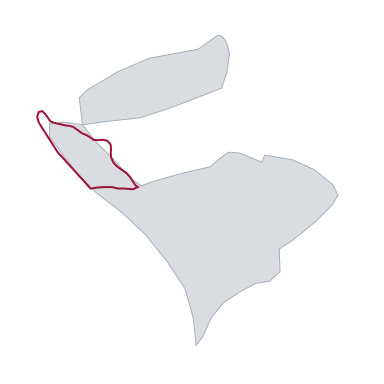 Brunei and Muara on a map of Brunei (Natural Earth projection), rotated 263°
{"feature_id": "BRN-1182", "entity_name": "Brunei and Muara", "entity_type": "District", "adm_level": 1, "iso_a3": "BRN", "parent_name": "Brunei", "parent_adm1": "", "projection": "natural_earth1", "projection_center": [114.909, 4.894], "detail": "fine", "context": "in_parent", "style": "outline", "palette": "rose", "viewbox_px": 384, "rotation_deg": 263, "n_neighbors": 0, "source": "natural_earth", "source_scale": "10m", "svg_char_len": 1286}
<svg xmlns="http://www.w3.org/2000/svg" viewBox="0 0 384 384"><g transform="rotate(263 192 192)"><path d="M272.0,91.6L252.2,103.7L232.9,119.0L213.5,132.1L204.4,142.4L207.6,156.8L212.3,188.5L214.9,213.4L221.7,223.3L227.0,233.2L224.8,244.1L213.3,264.7L219.8,268.7L211.5,296.0L199.2,316.2L182.0,332.7L171.0,336.5L162.1,329.5L147.8,311.4L132.0,286.3L124.7,271.6L102.1,269.7L94.0,258.1L93.5,244.0L87.1,227.3L78.2,209.5L64.9,195.8L47.1,185.1L39.5,177.4L67.1,177.9L96.4,173.4L126.6,158.5L155.6,140.5L180.1,120.0L203.0,96.8L227.1,78.5L264.5,57.2L277.1,58.9L276.9,74.0L272.0,91.6ZM299.4,91.5L306.2,100.8L320.6,133.3L330.0,165.9L333.0,215.6L344.5,236.7L342.7,241.0L335.8,244.6L325.1,246.1L306.8,241.3L291.4,234.0L278.0,180.2L272.0,149.8L272.5,113.5L272.0,91.6L299.4,91.5Z" fill="#d9dde1" stroke="#a8b0b8" stroke-width="1"/><path d="M261.2,94.5L255.6,100.9L254.9,105.2L254.7,109.9L253.1,114.2L249.3,116.9L245.0,117.0L240.6,116.1L236.2,115.9L230.7,117.6L226.4,120.8L218.6,129.4L214.5,132.3L205.6,136.6L203.6,138.9L201.9,134.0L203.7,125.0L204.5,118.9L206.6,113.2L207.5,106.1L208.0,98.4L207.7,91.8L248.3,63.3L279.5,48.4L285.6,47.5L290.1,49.6L290.5,53.2L287.0,56.1L279.4,60.0L277.4,63.7L273.4,74.9L272.7,78.2L271.1,82.0L263.6,90.1L261.2,94.5Z" fill="none" stroke="#9f1239" stroke-width="2"/></g></svg>